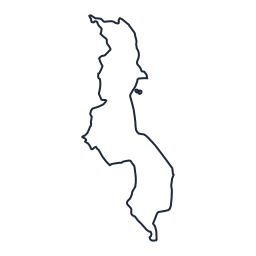 SVG path tracing the border of Malawi
{"feature_id": "MWI", "entity_name": "Malawi", "entity_type": "country or territory", "adm_level": 0, "iso_a3": "MWI", "parent_name": "Africa", "parent_adm1": "", "projection": "mercator", "projection_center": [34.097, -13.263], "detail": "fine", "context": "isolated", "style": "outline", "palette": "slate", "viewbox_px": 256, "rotation_deg": 0, "n_neighbors": 0, "source": "natural_earth", "source_scale": "50m", "svg_char_len": 2887}
<svg xmlns="http://www.w3.org/2000/svg" viewBox="0 0 256 256"><path d="M97.4,149.0L95.9,146.9L94.6,147.4L92.9,148.9L92.0,149.3L91.5,149.2L91.2,148.9L90.8,147.9L89.4,145.2L87.9,143.3L86.4,142.5L85.1,141.6L85.6,140.7L86.2,140.1L86.0,139.5L85.2,138.6L82.4,137.2L82.4,136.6L84.9,135.5L86.4,134.1L87.5,132.7L88.9,129.8L90.0,126.9L90.8,126.0L91.1,124.1L90.9,121.9L91.4,119.1L91.7,116.5L90.9,115.5L90.2,113.8L91.0,110.8L92.3,108.7L98.6,106.6L103.0,104.6L103.9,103.8L105.4,102.1L106.2,100.5L105.6,100.0L102.2,100.0L101.3,99.4L98.9,93.7L100.2,87.2L100.3,84.7L100.3,81.5L99.9,79.2L98.8,78.2L98.1,77.0L98.3,73.6L99.3,73.2L101.5,68.7L102.5,66.1L101.3,64.0L100.0,61.0L99.4,59.1L99.1,58.5L100.0,57.3L101.5,56.1L103.1,55.8L104.9,55.3L110.4,49.7L110.4,48.7L109.4,46.8L107.4,44.0L106.9,42.9L106.7,39.5L105.9,38.5L102.9,36.2L100.5,33.8L101.3,31.4L101.6,28.8L100.5,27.3L98.8,25.8L97.7,23.6L97.2,22.0L95.9,21.3L94.7,21.3L93.8,22.3L92.8,22.3L91.6,21.9L91.2,20.5L91.1,19.0L90.3,17.9L89.5,16.5L89.4,15.7L89.9,15.5L91.0,15.4L95.4,18.3L98.1,18.4L101.1,18.9L103.6,21.5L105.0,21.8L106.6,21.5L111.5,21.2L113.4,21.6L115.9,23.1L116.9,23.3L118.4,23.3L118.7,22.9L118.9,22.0L118.6,20.3L119.0,19.3L119.9,18.2L122.5,19.5L129.1,25.0L129.3,25.7L133.5,31.3L134.9,33.6L134.9,34.8L136.2,39.7L136.5,41.9L136.2,43.7L136.2,45.0L136.7,47.0L136.6,47.9L138.1,50.7L138.8,53.2L138.9,55.6L138.5,57.9L137.2,61.3L137.0,62.6L137.2,63.9L138.1,65.2L139.5,66.7L140.6,68.4L141.3,70.5L141.9,71.4L142.7,71.4L144.1,71.7L145.2,72.9L146.6,74.9L147.0,77.2L147.2,78.2L143.4,78.2L138.7,78.5L137.5,79.5L137.2,81.5L135.7,85.6L134.9,87.2L133.1,90.0L130.7,93.9L130.2,95.2L130.2,96.5L131.7,101.9L133.2,107.6L133.7,109.8L134.8,117.3L135.4,122.6L135.5,125.7L136.0,129.9L137.3,132.2L138.8,133.6L144.1,134.5L145.7,135.5L148.7,138.2L155.4,145.6L159.0,150.3L162.2,154.5L167.9,162.2L172.3,168.2L172.9,173.8L173.6,174.7L172.1,178.8L171.2,185.6L171.9,190.1L171.6,197.8L170.8,206.0L169.7,208.9L168.4,210.0L165.3,210.9L158.5,212.0L157.5,212.9L156.6,214.5L155.2,218.3L153.6,222.1L153.1,223.7L153.4,224.1L154.9,226.1L156.3,231.1L156.6,239.6L156.1,240.3L154.0,240.6L151.9,240.5L151.0,240.0L150.2,239.1L149.6,237.3L151.0,236.0L151.5,233.8L150.6,231.8L148.8,231.4L146.5,229.7L141.5,224.0L137.4,219.9L135.0,216.6L132.5,215.3L131.8,214.5L131.2,213.1L131.2,211.1L131.4,209.6L130.7,207.9L128.2,205.3L127.1,203.9L127.0,202.2L128.0,200.5L130.2,198.5L131.8,194.5L132.3,191.8L135.3,186.6L135.8,182.0L135.8,178.3L135.6,175.6L134.9,169.9L134.3,166.1L130.6,161.0L129.4,160.5L125.9,161.0L122.9,161.7L121.4,162.8L119.2,162.8L113.3,163.7L111.4,164.1L110.3,165.0L109.7,165.2L106.0,161.3L102.7,157.0L98.6,149.8L97.4,149.0ZM140.4,93.6L139.4,93.9L138.8,93.4L138.9,91.8L139.3,90.7L140.3,90.5L141.0,90.8L141.4,91.3L141.4,92.2L141.2,93.0L140.4,93.6ZM138.2,90.8L137.6,92.4L136.5,92.4L135.4,91.0L135.7,89.9L136.8,89.6L137.7,90.0L138.2,90.8Z" fill="none" stroke="#1e293b" stroke-width="2"/></svg>